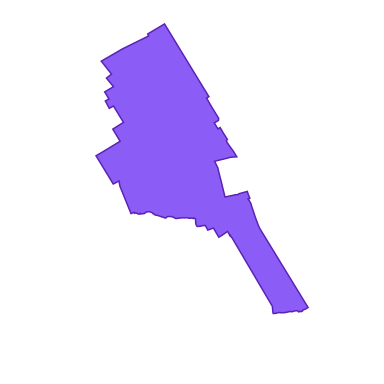 Bacalar, Quintana Roo, Mexico (orthographic projection), rotated 59°
{"feature_id": "50627088B87487449340620", "entity_name": "Bacalar", "entity_type": "district", "adm_level": 2, "iso_a3": "MEX", "parent_name": "Mexico", "parent_adm1": "Quintana Roo", "projection": "orthographic", "projection_center": [-88.163, 18.929], "detail": "fine", "context": "isolated", "style": "filled", "palette": "violet", "viewbox_px": 384, "rotation_deg": 59, "n_neighbors": 0, "source": "geoboundaries", "source_scale": "gbopen_adm2", "svg_char_len": 5226}
<svg xmlns="http://www.w3.org/2000/svg" viewBox="0 0 384 384"><g transform="rotate(59 192 192)"><path d="M33.1,202.4L49.5,200.3L50.3,206.7L61.3,205.1L61.2,215.3L69.5,215.3L69.5,215.8L69.3,219.4L75.4,219.7L77.7,219.8L77.9,215.0L94.6,214.9L97.0,214.8L97.3,227.5L110.4,227.5L111.5,227.5L111.6,248.4L111.5,255.6L144.6,255.4L145.0,248.9L149.9,250.8L179.1,255.4L179.6,252.2L180.6,252.2L180.6,251.9L180.7,251.6L180.7,251.3L180.8,251.2L181.1,251.0L181.3,250.9L181.4,250.7L181.5,250.4L182.5,249.9L182.9,249.7L183.0,249.6L183.1,249.4L183.3,249.1L183.7,248.7L183.9,248.3L184.1,248.1L184.2,247.9L183.8,247.6L183.8,247.4L184.0,247.5L184.1,247.2L184.5,246.8L184.6,246.7L184.8,246.4L184.9,246.1L185.0,245.9L185.1,245.7L185.3,245.4L185.4,245.0L185.6,244.8L185.7,244.5L185.9,244.1L185.9,243.8L185.9,243.5L185.7,243.4L185.8,242.5L185.8,242.1L185.7,242.0L185.7,241.9L185.7,241.6L185.8,241.3L185.7,241.0L185.8,240.8L185.8,240.6L186.2,240.0L186.4,239.7L186.6,239.4L186.6,239.2L187.0,238.8L187.1,238.6L187.4,238.3L187.5,238.2L188.0,237.7L189.0,237.0L189.5,236.7L189.9,236.7L190.1,236.7L190.4,236.6L190.5,236.6L190.7,236.4L190.9,236.2L191.0,235.9L191.3,235.8L191.5,235.8L191.8,235.9L192.0,235.9L192.3,235.7L192.6,235.5L193.0,235.2L193.1,234.9L193.3,234.7L193.6,234.4L193.8,234.2L194.0,233.9L194.7,233.4L195.2,232.9L195.5,232.5L195.8,232.3L196.2,232.0L196.9,231.4L197.2,231.2L197.7,230.9L198.0,230.5L198.4,230.0L198.6,229.8L199.2,229.3L199.8,229.0L200.6,228.3L200.7,228.0L200.8,227.7L200.7,227.4L200.6,226.8L200.4,226.4L200.4,226.2L200.5,225.7L200.6,225.4L200.6,225.2L200.8,224.9L201.1,224.5L201.6,223.7L201.8,223.5L201.8,223.4L202.0,223.1L202.1,222.7L202.3,222.4L202.8,222.0L203.1,221.8L203.2,221.7L203.4,221.6L203.9,221.1L204.0,221.0L204.4,220.7L205.1,220.4L205.8,220.0L206.0,219.8L206.3,219.6L206.5,219.3L206.8,218.8L207.0,218.1L207.6,217.0L207.7,216.7L207.8,216.5L208.2,215.5L208.3,215.4L208.3,215.2L208.5,214.8L208.8,214.3L208.9,214.0L209.0,213.8L209.1,213.5L209.3,213.3L209.6,212.7L210.1,212.2L210.3,211.8L210.5,211.4L210.7,211.1L211.1,210.2L211.3,210.0L211.8,209.0L212.4,208.5L212.6,208.5L212.7,208.4L212.8,208.3L213.1,207.9L213.4,207.3L213.5,207.1L213.6,206.9L213.9,206.2L214.1,206.0L214.3,205.7L214.5,205.5L214.6,205.4L214.9,205.1L214.9,204.8L215.0,204.7L215.3,204.6L215.5,204.4L215.4,204.2L215.4,203.8L215.4,203.7L215.5,203.4L215.9,203.2L216.1,203.2L216.4,203.2L216.6,203.2L216.8,203.0L216.9,202.9L217.0,202.8L217.7,203.3L217.9,203.3L218.8,203.8L219.3,204.2L220.0,204.6L220.6,204.9L220.9,205.0L221.1,205.1L221.6,205.2L222.1,205.3L222.5,205.3L222.8,205.4L223.2,205.5L223.5,205.5L223.9,205.3L224.2,205.2L224.4,205.0L224.5,204.9L224.6,204.7L225.1,203.6L225.3,203.2L225.4,202.9L225.5,202.7L225.8,202.0L225.9,201.8L225.9,201.6L226.0,201.4L226.2,201.0L226.2,200.6L226.3,200.4L226.5,200.0L226.5,199.7L227.0,199.0L227.3,198.5L227.4,198.1L227.6,198.1L227.7,197.9L229.6,197.9L232.8,198.1L233.9,192.4L234.6,192.2L244.6,192.3L244.5,187.0L244.1,182.0L245.1,181.8L248.6,182.0L248.7,181.3L249.0,181.3L249.2,182.0L251.8,181.3L331.3,182.0L337.4,184.9L338.1,184.9L338.3,184.5L338.3,184.4L338.4,184.2L338.5,183.9L338.6,183.7L338.8,183.3L338.9,183.1L339.0,183.0L339.1,182.8L339.1,182.7L339.3,182.2L339.4,181.8L339.5,181.3L339.6,181.0L339.7,180.8L339.8,180.4L339.9,179.6L340.0,179.5L340.3,179.3L340.4,179.1L340.7,178.9L340.8,178.8L340.9,178.5L341.0,178.5L341.1,178.3L341.2,178.2L341.3,177.9L341.4,177.7L341.5,177.6L341.6,177.4L341.7,177.1L341.8,177.0L341.9,176.8L342.0,176.7L342.1,176.4L342.3,176.2L342.4,175.9L342.5,175.9L342.7,175.7L342.8,175.5L342.9,175.4L343.1,174.8L343.2,174.6L343.2,174.1L343.3,173.8L343.5,173.6L343.6,173.4L343.8,173.2L343.9,172.6L343.9,172.4L344.0,172.3L344.1,172.0L344.2,171.5L344.2,171.4L344.3,171.4L344.4,170.9L344.6,170.7L344.7,170.2L344.9,169.7L345.0,169.4L345.2,169.1L345.3,168.9L345.5,168.8L345.5,168.6L345.8,168.4L345.9,168.2L346.2,168.0L346.2,167.8L346.2,167.6L346.3,167.5L346.3,167.3L346.4,167.1L346.4,166.9L346.5,166.6L346.6,166.4L346.6,166.1L346.6,165.8L346.7,165.6L346.8,165.5L346.9,165.0L347.0,164.8L347.2,164.4L347.4,164.1L347.5,163.8L347.6,163.7L347.7,163.4L347.8,163.3L347.9,163.2L348.0,163.1L348.0,162.9L348.4,162.5L348.5,162.5L349.3,162.5L349.5,162.5L349.6,162.4L349.8,162.0L349.8,161.9L349.9,161.7L350.0,161.6L350.0,161.4L350.1,161.1L350.2,160.9L350.2,160.6L350.3,160.3L350.3,160.2L350.5,160.1L350.4,160.0L350.4,159.7L350.6,159.5L350.6,159.3L350.7,159.2L350.8,159.2L350.8,158.8L350.9,158.7L350.8,158.2L350.5,157.9L350.4,157.6L350.3,157.3L350.4,156.7L350.5,156.4L350.6,156.2L350.8,155.4L350.8,155.2L350.8,154.6L350.8,153.6L350.8,153.3L350.8,153.0L350.8,152.0L258.0,152.7L254.1,152.2L245.7,150.6L242.2,149.8L234.0,148.0L232.7,147.5L228.0,147.3L227.8,147.7L227.1,147.7L226.8,147.6L227.1,145.6L223.0,145.0L220.0,144.3L218.5,149.6L217.6,152.9L217.8,153.3L217.7,154.7L216.8,155.9L216.2,157.8L213.3,166.3L197.9,161.5L196.2,161.0L194.4,160.5L184.4,157.4L177.3,156.8L180.4,146.8L182.2,140.8L184.9,135.5L179.1,135.5L170.9,136.2L167.4,136.4L165.6,136.0L165.2,134.6L156.1,134.8L154.7,134.7L151.2,134.7L151.2,137.3L144.3,137.3L144.3,132.5L142.7,131.2L128.4,131.3L119.0,131.1L119.0,128.4L109.9,128.5L99.3,128.6L33.8,129.0L33.7,148.6L35.9,148.8L33.5,177.7L33.1,202.4Z" fill="#8b5cf6" stroke="#5b21b6" stroke-width="1.5"/></g></svg>